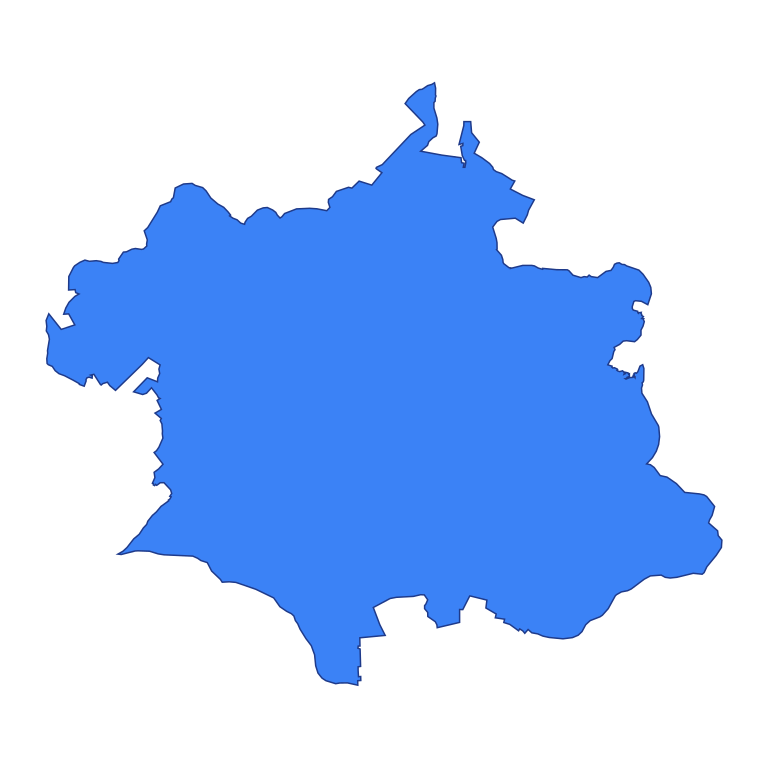 the district of Cojocna, Cluj, Romania
{"feature_id": "2599482B9725035335069", "entity_name": "Cojocna", "entity_type": "district", "adm_level": 2, "iso_a3": "ROU", "parent_name": "Romania", "parent_adm1": "Cluj", "projection": "equal_earth", "projection_center": [23.848, 46.739], "detail": "fine", "context": "isolated", "style": "filled", "palette": "blue", "viewbox_px": 768, "rotation_deg": 0, "n_neighbors": 0, "source": "geoboundaries", "source_scale": "gbopen_adm2", "svg_char_len": 6063}
<svg xmlns="http://www.w3.org/2000/svg" viewBox="0 0 768 768"><path d="M702.2,574.2L704.1,572.6L706.9,566.7L716.2,555.4L721.4,547.5L721.9,540.1L718.2,535.6L717.6,530.8L708.6,522.9L709.6,519.8L712.1,515.4L714.6,506.5L706.7,496.5L704.0,494.9L699.4,493.9L684.7,492.4L676.4,483.6L667.0,477.1L660.2,475.6L654.2,467.5L650.4,464.7L646.6,463.9L652.4,457.7L656.3,451.2L658.6,444.6L659.6,436.6L658.8,427.1L658.3,425.5L651.5,414.0L647.4,401.8L641.9,393.2L641.5,388.0L642.5,385.0L642.1,382.8L643.3,381.8L643.7,380.2L643.9,368.5L642.7,364.7L640.0,366.1L637.8,371.8L636.5,373.2L635.2,372.8L634.0,373.5L634.3,374.9L633.8,375.6L635.1,376.8L635.0,377.7L634.2,376.6L633.5,377.0L633.1,376.0L632.6,377.4L629.7,377.6L626.0,379.1L625.3,378.7L627.1,378.3L627.0,377.4L629.4,376.4L629.4,373.8L628.6,374.2L628.1,372.9L625.0,372.2L625.4,373.6L624.0,374.3L624.5,372.9L622.6,370.8L619.7,371.6L618.1,371.1L616.9,370.3L617.6,369.5L617.2,369.0L614.4,367.7L612.8,368.0L611.9,367.3L612.1,366.2L607.8,364.8L610.0,360.6L612.1,358.6L613.8,351.5L615.0,349.7L614.1,347.4L619.9,344.2L623.2,341.1L626.6,340.7L634.6,341.7L637.3,339.6L641.0,335.1L641.0,330.1L643.0,326.2L644.3,321.6L643.3,319.4L643.7,318.7L641.7,318.5L643.4,316.6L641.7,315.4L641.7,314.3L640.9,313.2L641.2,312.4L638.8,312.7L638.4,313.3L637.8,312.6L637.7,311.3L633.3,310.1L632.3,308.5L632.3,306.5L633.9,301.4L635.6,300.7L641.4,301.3L647.8,304.7L651.4,293.8L650.8,287.4L648.7,282.3L643.1,274.3L638.9,270.1L626.6,265.9L624.6,264.6L621.9,264.4L619.3,262.8L616.9,263.1L614.5,264.3L613.3,267.2L611.0,270.4L606.0,271.4L597.6,277.6L591.2,276.6L589.1,275.1L587.2,277.0L584.1,276.6L581.0,277.6L573.0,275.2L568.9,270.7L567.3,269.8L556.7,269.7L542.9,268.4L543.1,268.9L542.6,269.3L538.4,268.1L534.4,265.9L531.7,265.4L522.8,265.4L510.6,268.4L510.7,267.9L509.0,267.7L503.8,263.7L503.1,262.5L502.8,259.5L501.4,255.2L496.5,249.6L497.1,249.1L497.0,242.7L496.2,238.3L492.7,227.1L497.0,221.4L500.5,219.5L515.3,218.2L523.2,223.1L527.3,214.9L528.6,210.2L534.3,199.8L522.7,195.4L510.3,189.0L514.8,181.0L512.2,180.2L501.8,173.6L496.2,171.6L493.4,169.5L492.8,167.3L489.6,163.5L482.1,157.9L474.2,153.2L479.3,142.2L471.6,132.7L470.7,121.6L463.9,121.6L463.8,125.6L459.0,144.5L462.9,143.4L462.8,145.6L460.7,146.3L462.3,155.7L464.5,160.4L465.6,160.5L465.8,162.8L464.9,167.3L463.3,167.3L464.1,163.2L461.6,162.7L461.0,157.7L441.8,155.1L420.7,151.2L427.5,145.4L428.8,141.6L432.9,137.8L436.2,136.0L437.0,133.7L437.8,124.2L436.9,118.0L433.9,108.1L433.9,102.5L435.1,101.3L435.3,98.0L436.0,96.0L435.5,95.0L435.6,88.1L434.5,82.8L431.8,84.4L427.7,85.6L422.1,89.3L419.3,89.6L416.3,91.6L408.7,98.5L405.1,103.6L422.9,122.1L424.9,125.1L410.8,134.5L382.3,164.6L376.5,167.3L376.0,168.3L376.5,168.9L381.9,172.7L371.8,185.1L359.1,181.1L351.9,188.1L348.5,187.3L336.4,191.4L332.5,196.7L328.6,199.4L328.3,202.3L329.9,207.4L326.8,210.7L316.9,208.8L309.6,208.3L296.5,208.9L284.6,213.5L281.9,216.8L280.0,218.0L277.3,215.1L275.8,212.4L272.7,210.0L267.3,207.5L263.1,207.9L257.4,210.1L251.4,216.2L247.6,218.4L245.0,222.3L244.6,224.3L240.7,223.1L237.1,219.8L233.0,218.2L229.6,215.9L230.6,215.1L227.9,211.7L223.7,207.3L217.8,204.0L210.8,198.0L206.1,190.9L202.7,187.6L195.2,185.4L192.1,183.4L183.5,184.0L175.2,188.0L173.4,197.7L171.9,199.0L170.6,201.7L160.3,205.8L157.3,212.2L147.7,227.6L144.2,230.8L147.3,239.9L146.6,244.0L146.8,246.0L143.5,249.0L141.5,249.4L135.4,248.5L131.8,249.2L126.5,251.8L123.4,252.1L118.6,259.1L119.0,260.6L117.8,262.5L112.5,263.4L103.3,262.4L101.0,261.4L96.2,260.7L89.4,261.3L84.9,260.1L79.9,262.3L74.7,265.8L73.4,267.5L68.8,276.5L68.6,290.0L75.1,289.6L75.7,292.6L79.0,294.0L74.9,296.4L69.0,302.3L65.8,308.0L63.7,314.2L68.7,313.9L74.8,324.9L61.2,329.4L48.8,313.8L46.1,320.5L46.8,326.4L46.3,330.9L48.5,334.7L49.4,339.2L47.5,350.6L47.7,353.2L46.8,358.7L47.1,363.5L48.3,364.7L52.3,366.4L55.2,370.7L59.0,373.7L64.5,375.7L73.0,380.1L79.4,383.7L79.3,384.4L80.3,384.8L84.2,386.2L86.1,381.0L86.0,379.5L87.1,377.7L89.1,377.2L92.1,378.1L92.3,375.9L90.7,375.1L93.9,374.3L100.5,384.6L101.2,385.0L102.8,383.6L107.4,382.2L109.8,385.6L115.5,390.4L142.3,364.3L148.4,357.6L160.1,364.9L158.9,369.1L159.7,373.6L157.7,378.1L157.5,381.8L147.2,377.8L133.6,391.8L142.7,394.5L146.5,393.2L151.5,387.8L157.0,394.9L158.5,397.7L160.1,398.5L157.1,400.4L161.4,409.4L155.0,413.1L161.3,418.5L160.2,420.5L161.9,423.9L162.5,431.0L162.3,433.8L162.9,438.1L158.9,447.2L156.5,450.7L154.1,452.5L163.0,464.2L158.7,468.9L154.1,472.3L154.9,477.6L152.4,483.3L153.4,483.7L153.3,484.9L154.6,485.6L155.6,484.4L156.6,485.3L157.2,485.0L160.3,482.7L164.0,482.7L170.6,489.8L171.7,493.5L169.8,496.3L171.1,496.8L169.9,499.0L168.4,500.1L168.7,500.8L161.0,506.4L156.3,512.0L152.4,515.4L147.8,521.2L146.7,524.4L143.4,527.9L139.2,534.3L133.8,538.8L127.0,547.5L123.0,551.2L117.9,554.1L121.2,554.5L135.0,551.0L138.0,550.8L149.4,551.2L158.2,553.9L164.0,554.8L192.8,556.1L197.7,558.3L200.8,560.5L207.3,562.6L211.6,571.0L220.4,579.4L222.2,582.2L229.2,581.8L235.9,582.4L255.9,589.3L273.7,597.9L279.9,606.7L286.6,611.3L291.4,613.7L293.9,616.0L295.4,620.6L297.7,623.7L300.1,629.2L306.0,638.7L311.3,645.7L314.6,654.8L315.7,665.8L318.0,673.1L322.0,678.1L325.9,680.7L335.7,683.7L339.8,683.0L347.5,682.9L357.8,685.2L357.7,680.7L360.8,680.5L360.7,676.5L358.5,676.7L358.1,670.2L358.1,666.8L360.6,666.4L360.1,649.0L357.9,648.2L358.2,646.1L360.0,646.0L359.8,637.8L385.2,635.4L379.8,624.7L373.3,607.5L390.1,598.5L396.4,597.3L413.4,596.4L420.7,594.7L424.3,594.9L427.7,599.8L425.9,604.0L424.6,605.6L424.6,608.7L427.7,612.4L427.8,616.5L435.3,621.7L436.9,624.8L437.2,627.7L459.6,622.4L459.6,609.5L462.8,609.6L469.7,596.0L470.8,596.1L486.9,600.1L485.9,608.0L496.2,614.0L495.3,617.8L504.6,619.2L503.8,622.5L509.8,624.4L518.6,630.8L519.7,628.9L522.7,630.8L524.8,633.3L528.1,629.5L531.8,632.8L537.8,633.9L542.9,636.1L549.3,637.5L563.0,638.8L572.5,637.6L578.2,635.2L582.0,631.6L585.7,624.7L590.2,620.6L600.0,616.8L602.4,615.2L608.2,608.7L615.3,595.8L616.6,594.6L621.4,591.9L627.6,590.7L631.2,589.0L644.2,579.2L650.4,575.9L661.2,575.1L665.2,577.3L670.1,578.0L676.9,577.3L693.2,573.3L702.2,574.2Z" fill="#3b82f6" stroke="#1e3a8a" stroke-width="1.5"/></svg>